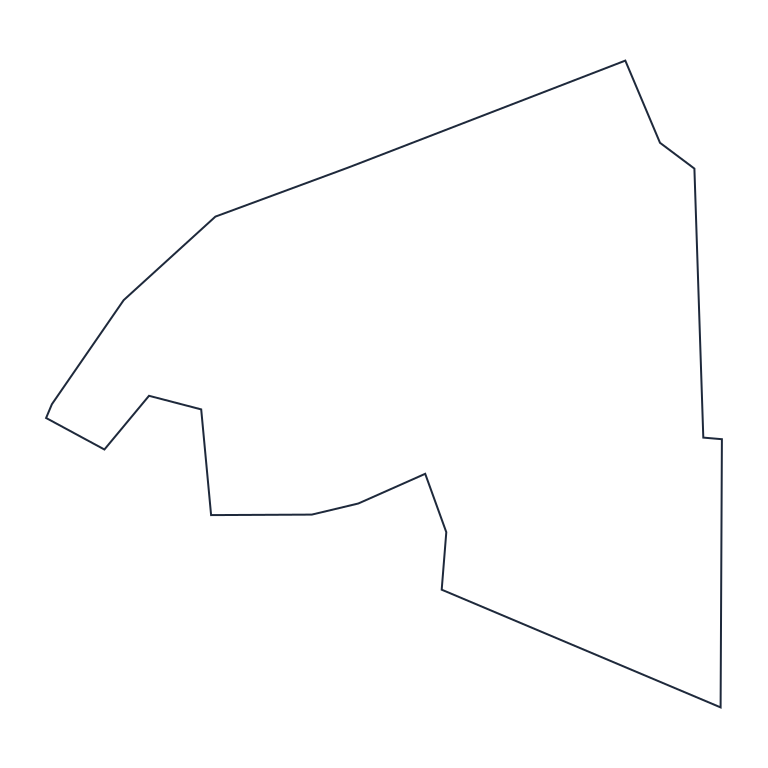 Malbaza, Tahoua, Niger (Albers equal-area conic projection)
{"feature_id": "23599985B4654450212041", "entity_name": "Malbaza", "entity_type": "district", "adm_level": 2, "iso_a3": "NER", "parent_name": "Niger", "parent_adm1": "Tahoua", "projection": "albers", "projection_center": [5.498, 14.04], "detail": "fine", "context": "isolated", "style": "outline", "palette": "slate", "viewbox_px": 768, "rotation_deg": 0, "n_neighbors": 0, "source": "geoboundaries", "source_scale": "gbopen_adm2", "svg_char_len": 375}
<svg xmlns="http://www.w3.org/2000/svg" viewBox="0 0 768 768"><path d="M46.1,418.0L104.4,449.5L149.0,395.8L201.2,409.4L211.1,515.1L311.8,514.6L358.3,503.5L425.2,473.8L446.3,532.2L441.7,589.7L720.6,707.4L721.9,439.2L703.3,437.6L694.4,168.6L660.0,142.8L625.3,60.6L348.1,167.6L215.4,216.6L123.7,300.1L51.9,404.2L46.1,418.0Z" fill="none" stroke="#1e293b" stroke-width="2"/></svg>